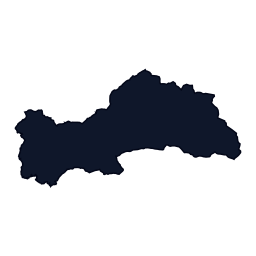 outline of Viseu De Sus, Maramures, Romania
{"feature_id": "2599482B29272947771159", "entity_name": "Viseu De Sus", "entity_type": "district", "adm_level": 2, "iso_a3": "ROU", "parent_name": "Romania", "parent_adm1": "Maramures", "projection": "equal_earth", "projection_center": [24.481, 47.762], "detail": "fine", "context": "isolated", "style": "filled", "palette": "ink", "viewbox_px": 256, "rotation_deg": 0, "n_neighbors": 0, "source": "geoboundaries", "source_scale": "gbopen_adm2", "svg_char_len": 5717}
<svg xmlns="http://www.w3.org/2000/svg" viewBox="0 0 256 256"><path d="M56.4,183.2L55.1,181.5L55.6,181.1L56.0,181.2L56.9,180.8L57.4,180.4L58.1,178.9L58.5,178.4L58.5,177.9L59.3,176.9L62.5,173.5L63.7,173.0L64.3,172.3L65.2,171.7L65.5,171.3L65.4,171.0L66.4,170.4L67.0,169.4L67.6,169.5L68.2,169.1L69.0,169.3L69.6,168.9L70.8,168.7L72.5,168.9L73.1,168.6L73.4,168.0L73.8,167.9L74.0,167.5L74.9,167.4L75.1,167.5L77.5,167.4L79.4,167.6L80.5,168.2L81.3,168.0L83.8,168.3L85.5,170.9L86.1,171.2L87.1,171.2L88.5,172.1L89.2,172.1L89.4,172.6L94.9,170.5L98.6,169.8L99.7,169.4L100.0,169.8L100.5,171.0L103.6,172.9L103.8,174.2L104.0,174.3L104.8,174.4L106.1,173.5L108.0,174.2L109.5,173.5L111.3,173.5L113.6,173.1L114.6,173.3L116.1,173.3L117.2,173.9L119.1,174.2L120.1,173.2L122.3,171.3L123.1,170.4L123.0,170.2L123.2,169.3L121.3,167.5L120.9,166.7L120.2,165.9L120.2,165.0L119.0,163.7L118.5,163.5L117.8,161.9L116.9,160.6L116.6,158.4L116.0,156.3L117.0,156.3L117.9,155.8L119.0,155.5L119.9,154.8L121.3,153.3L124.1,152.2L124.3,151.9L127.0,151.2L129.9,151.4L130.9,151.1L132.8,149.9L137.7,149.5L141.5,148.4L143.7,148.6L145.5,147.7L146.6,147.8L147.8,147.7L150.9,148.2L152.6,148.3L155.0,148.9L158.1,149.2L159.1,149.5L162.9,149.8L163.6,149.2L164.0,147.7L164.3,147.3L165.4,146.1L166.2,145.0L166.7,144.9L168.3,145.2L168.7,145.6L170.1,146.2L172.4,145.8L174.8,145.8L179.3,146.9L181.6,149.2L184.2,152.4L184.7,152.6L185.9,152.4L188.9,152.8L189.8,153.3L190.6,154.3L192.8,154.8L193.4,155.9L194.2,156.6L195.0,156.9L196.1,157.0L198.5,156.1L199.8,155.9L202.2,156.2L203.1,156.6L206.0,157.0L209.4,156.7L210.0,156.3L210.1,155.9L211.0,154.4L211.7,153.9L213.9,152.8L214.5,152.1L215.2,152.1L216.8,153.4L218.1,153.9L220.2,154.0L224.4,154.8L225.6,154.8L226.5,155.0L227.7,156.6L229.1,157.5L233.2,158.8L234.0,159.3L234.6,158.4L237.7,156.0L238.8,154.9L240.5,152.7L240.6,152.1L240.5,151.0L238.6,149.3L239.7,145.8L240.0,143.9L238.4,142.6L237.8,141.0L237.4,138.3L237.4,137.1L236.1,135.4L236.4,133.3L231.8,129.7L226.3,125.9L226.1,123.1L225.0,122.3L224.6,120.9L217.9,118.0L217.8,116.8L218.5,114.2L218.0,110.2L216.7,107.9L214.7,106.5L211.4,103.0L212.3,100.2L212.1,99.4L212.4,98.6L213.5,97.0L214.3,96.4L214.1,95.0L205.6,93.5L203.9,93.9L202.5,93.6L200.8,92.6L199.4,92.4L197.2,92.4L194.9,93.3L194.1,92.0L193.9,90.7L192.6,88.9L192.3,85.4L189.7,85.5L186.6,84.4L183.6,85.6L181.2,89.8L178.2,86.8L175.9,85.7L175.5,84.7L175.2,83.3L173.1,81.8L170.2,83.4L168.5,83.2L166.7,84.4L164.8,83.9L162.9,83.8L160.5,83.9L159.8,82.3L159.9,78.9L159.2,76.9L156.6,76.0L151.4,75.5L151.0,74.7L151.0,73.9L150.3,73.5L149.9,72.5L147.2,71.2L145.9,71.0L145.2,69.7L144.0,70.6L142.9,71.0L140.5,72.5L139.8,72.8L138.0,74.2L137.9,74.7L137.3,75.3L136.8,75.6L135.8,75.9L135.1,76.5L134.6,76.6L133.8,76.1L132.7,76.0L132.1,76.9L130.5,78.4L129.7,79.9L127.8,80.4L126.4,81.1L123.2,83.9L122.1,85.1L121.9,85.9L121.0,86.1L119.4,87.1L119.0,87.8L118.7,89.0L117.5,89.3L116.5,90.2L115.7,90.3L114.8,90.0L113.6,90.5L112.2,91.7L110.1,95.8L110.0,97.2L109.9,101.1L110.1,102.5L110.6,103.8L110.2,105.1L109.5,106.2L108.0,107.9L107.5,108.9L106.8,109.6L105.6,109.6L104.3,109.2L103.2,109.3L101.8,109.0L97.0,110.0L96.6,110.5L96.3,113.0L95.8,112.7L96.0,113.4L92.5,115.6L91.9,116.1L91.4,116.9L89.8,117.6L89.0,118.3L87.4,118.5L86.2,120.2L82.2,123.7L79.3,122.4L72.2,122.3L71.0,122.6L69.4,121.7L68.8,121.7L68.8,121.4L68.6,121.3L67.2,121.7L67.1,121.8L67.3,122.0L67.2,122.2L66.1,122.7L65.3,122.6L65.6,122.9L63.7,123.7L62.2,124.0L60.2,124.0L58.9,124.2L57.7,124.8L57.2,125.3L57.0,125.9L56.2,125.5L54.4,123.1L53.9,122.4L53.6,120.8L53.3,120.4L50.9,119.7L50.7,119.3L50.8,118.7L50.2,118.4L50.6,118.0L50.3,117.9L49.9,118.0L48.6,117.6L47.5,116.9L45.2,117.0L44.3,115.5L43.3,115.4L42.5,114.8L42.5,113.2L42.1,112.8L42.2,112.4L42.2,111.1L41.5,110.1L40.0,110.3L38.4,110.2L36.7,111.3L35.4,111.7L33.6,111.4L31.0,110.0L30.0,110.0L28.4,110.3L28.0,110.6L27.6,111.2L27.0,111.6L24.8,112.1L25.6,113.5L26.0,114.6L26.4,115.3L26.4,116.8L26.0,117.8L24.9,118.8L25.0,119.3L23.7,119.9L23.2,119.5L22.6,119.9L21.4,121.5L19.7,122.4L18.0,124.0L17.8,124.2L18.0,124.7L16.4,126.4L15.4,128.0L15.5,128.8L16.7,129.8L17.0,131.0L17.6,131.8L17.3,132.5L17.7,132.8L18.3,132.4L19.0,132.5L19.5,132.8L19.9,132.6L20.4,133.3L22.1,133.6L22.4,134.2L21.3,134.6L20.8,135.4L20.9,135.9L21.4,136.3L21.7,137.1L22.4,137.5L22.9,137.6L24.3,139.2L25.0,140.5L24.4,141.2L23.4,143.6L21.5,145.3L21.5,146.0L20.8,147.9L21.0,148.4L20.9,148.7L20.2,148.5L20.2,149.6L20.5,150.1L19.8,153.1L19.2,154.8L18.9,155.1L18.9,155.8L19.0,156.0L18.7,156.7L19.1,157.0L19.3,157.4L19.4,158.6L19.7,158.6L19.4,158.8L19.7,159.3L20.9,160.2L21.7,161.3L22.4,162.5L22.7,163.9L22.7,165.8L21.3,167.3L21.7,169.4L21.5,169.9L21.6,170.6L21.1,171.2L21.3,171.4L21.3,171.7L21.1,172.5L21.4,173.0L21.2,173.4L21.3,174.7L21.9,175.2L22.3,177.1L22.4,177.3L23.2,176.7L23.5,176.7L23.6,177.5L24.2,178.0L25.4,178.1L26.9,178.5L26.6,177.9L26.7,177.7L26.9,177.7L26.9,177.9L27.2,178.1L28.5,178.1L28.9,177.9L29.0,177.1L30.8,176.6L30.8,176.4L31.0,176.1L31.3,176.5L31.5,176.4L31.3,175.6L31.8,175.9L31.3,175.3L31.7,175.5L31.8,175.0L32.0,175.2L31.9,175.8L32.5,176.2L34.1,175.9L34.6,175.3L35.1,175.3L35.4,175.0L35.4,175.5L35.6,175.3L35.6,175.0L35.9,175.0L36.2,175.6L36.4,175.5L36.9,176.1L36.8,176.3L36.5,176.3L36.9,176.9L36.6,178.0L36.7,178.4L36.9,178.5L36.7,178.9L35.6,179.3L35.7,179.9L36.3,180.1L36.8,180.1L37.1,180.7L36.9,180.8L37.6,181.5L38.6,181.8L39.0,182.4L39.5,182.7L40.7,182.9L41.4,183.8L43.9,183.6L44.5,183.0L44.4,182.4L45.1,182.4L45.8,181.8L46.0,182.0L46.6,181.7L47.4,181.7L47.3,183.2L47.6,183.5L48.7,183.8L49.5,183.2L49.5,184.0L49.3,184.2L49.4,184.3L49.2,184.7L49.7,185.4L50.3,185.2L50.6,186.3L51.0,185.7L51.5,185.7L52.4,184.9L53.3,184.4L53.7,184.3L53.8,184.6L54.4,184.6L55.3,184.3L55.9,184.4L56.4,183.2Z" fill="#0f172a" stroke="#020617" stroke-width="1.5"/></svg>